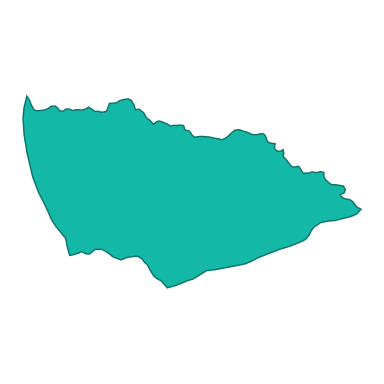 the district of Campestre do Maranhão, Maranhão, Brazil
{"feature_id": "56859067B99691439302413", "entity_name": "Campestre do Maranhão", "entity_type": "district", "adm_level": 2, "iso_a3": "BRA", "parent_name": "Brazil", "parent_adm1": "Maranhão", "projection": "mercator", "projection_center": [-47.249, -6.177], "detail": "fine", "context": "isolated", "style": "filled", "palette": "teal", "viewbox_px": 384, "rotation_deg": 0, "n_neighbors": 0, "source": "geoboundaries", "source_scale": "gbopen_adm2", "svg_char_len": 2288}
<svg xmlns="http://www.w3.org/2000/svg" viewBox="0 0 384 384"><path d="M69.7,255.4L72.1,255.0L78.9,253.0L81.6,251.4L85.5,253.7L89.6,254.0L94.9,249.5L101.4,249.2L105.4,251.2L108.8,253.4L112.9,256.8L121.0,259.9L126.3,257.7L134.8,256.2L138.4,256.5L142.8,259.6L144.4,262.2L147.2,264.6L151.4,272.3L154.1,276.3L156.4,278.3L161.4,281.0L167.3,287.8L175.6,285.5L187.7,280.6L192.5,279.2L197.5,276.3L206.4,270.7L215.4,269.6L244.7,264.0L249.5,262.1L258.5,257.5L276.2,250.6L281.3,248.7L286.8,247.2L291.7,245.5L302.8,240.9L305.7,239.2L309.0,235.3L311.4,230.4L314.1,227.0L320.6,222.6L329.0,220.9L333.9,220.7L351.3,216.4L356.9,213.8L361.0,209.2L357.6,207.5L355.7,205.9L353.3,202.2L349.9,199.7L345.4,198.8L342.6,197.8L340.0,194.8L344.1,192.9L345.3,189.8L343.5,186.1L339.6,185.4L335.5,184.7L331.5,184.7L328.7,182.7L325.3,179.4L323.9,176.4L323.8,172.4L320.3,171.6L316.5,172.7L312.0,171.9L308.7,173.1L306.0,173.0L303.4,173.4L301.6,170.9L300.2,168.3L298.5,166.3L294.3,167.2L291.3,166.3L288.6,162.7L285.8,159.2L283.4,156.9L283.7,153.0L283.1,149.7L280.2,151.5L276.7,150.8L274.4,148.1L275.1,143.7L270.1,143.1L267.2,141.4L266.5,138.6L264.8,134.9L262.3,133.4L258.4,134.4L255.1,134.8L251.1,134.2L247.8,132.4L244.6,131.6L239.2,129.7L234.9,130.2L232.9,131.8L230.7,133.6L227.7,136.6L224.7,138.6L221.7,139.8L219.1,138.9L215.8,138.5L212.9,137.8L209.1,137.0L205.0,136.7L202.2,136.4L198.6,136.6L194.4,137.2L191.9,134.9L189.5,131.2L184.9,129.9L183.6,125.6L180.5,125.1L176.7,125.4L173.3,125.4L170.9,126.2L167.3,124.0L162.9,122.2L159.4,121.0L156.6,121.7L153.6,124.3L151.6,122.4L149.8,120.2L147.0,118.4L145.2,115.6L143.5,112.6L141.4,111.2L139.3,109.3L135.3,109.6L134.1,105.1L131.2,100.3L128.2,98.9L123.4,99.6L119.7,100.7L116.4,102.8L113.1,103.2L109.4,103.4L107.8,108.0L106.6,111.2L104.2,111.9L101.4,112.2L98.2,111.3L95.0,111.4L92.0,109.3L88.5,107.1L85.8,109.0L81.7,110.2L78.7,109.6L76.1,109.7L72.8,110.6L68.9,109.1L65.9,109.0L63.4,111.1L59.7,110.9L57.8,108.4L55.6,106.1L51.2,106.3L48.1,108.5L45.2,109.9L39.3,110.7L36.7,110.7L34.2,110.1L31.1,104.7L29.6,100.3L26.8,96.2L25.5,101.9L24.0,107.9L23.0,118.3L24.2,134.9L25.1,141.2L26.1,146.6L26.7,151.4L30.9,169.3L32.7,176.8L38.5,192.3L44.0,203.0L47.9,211.3L51.6,219.8L55.9,226.5L60.5,232.0L65.6,238.3L67.4,247.4L69.7,255.4Z" fill="#14b8a6" stroke="#0f766e" stroke-width="1.5"/></svg>